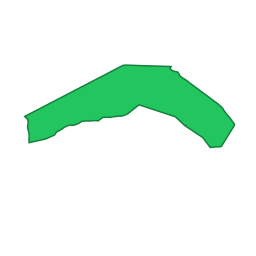 the district of San Miguel Tecomatlán, Oaxaca, Mexico, rotated 55°
{"feature_id": "50627088B83273926369919", "entity_name": "San Miguel Tecomatlán", "entity_type": "district", "adm_level": 2, "iso_a3": "MEX", "parent_name": "Mexico", "parent_adm1": "Oaxaca", "projection": "equal_earth", "projection_center": [-97.281, 17.371], "detail": "fine", "context": "isolated", "style": "filled", "palette": "green", "viewbox_px": 256, "rotation_deg": 55, "n_neighbors": 0, "source": "geoboundaries", "source_scale": "gbopen_adm2", "svg_char_len": 1289}
<svg xmlns="http://www.w3.org/2000/svg" viewBox="0 0 256 256"><g transform="rotate(55 128 128)"><path d="M73.8,96.2L64.6,165.8L59.3,206.0L63.3,205.2L66.1,206.5L68.2,208.6L70.3,210.2L72.9,211.1L75.6,212.2L77.8,213.4L80.0,215.3L83.1,217.3L83.3,217.4L89.7,201.8L91.6,192.2L90.3,188.8L90.9,184.7L90.9,180.1L91.3,177.0L92.1,174.2L94.7,170.8L95.9,165.9L96.2,161.6L98.0,158.6L100.0,155.8L102.5,151.5L105.1,148.1L104.8,142.8L106.7,139.7L109.1,136.4L110.8,132.8L113.1,128.6L114.6,126.4L115.7,123.0L116.2,119.5L115.3,105.7L145.9,82.8L150.5,81.8L152.0,81.1L152.1,81.5L158.7,80.1L159.0,80.0L159.0,79.4L159.0,79.1L160.2,79.5L178.5,72.3L191.1,71.8L191.1,71.7L196.7,62.3L187.2,40.1L186.7,39.1L185.4,38.6L182.5,38.7L178.8,38.7L177.9,38.8L177.0,38.8L176.1,38.9L174.4,39.1L172.6,39.3L172.4,39.3L171.2,39.3L169.8,39.3L168.9,39.4L166.5,39.1L165.0,39.3L163.3,39.7L163.1,39.7L160.1,40.4L159.9,40.5L158.3,41.0L158.0,41.1L157.4,41.3L156.3,41.7L155.1,42.1L153.9,42.5L152.7,42.9L151.1,43.4L150.9,43.4L150.8,43.5L149.1,44.1L148.2,44.3L147.4,44.6L146.5,44.9L145.7,45.2L144.8,45.5L140.1,47.1L138.3,47.7L125.5,51.9L125.0,52.1L124.3,52.2L123.3,52.4L118.2,54.6L115.4,55.5L110.8,55.1L107.0,58.5L105.2,59.2L103.6,59.6L102.4,57.4L83.5,82.7L75.4,93.4L73.8,96.2Z" fill="#22c55e" stroke="#15803d" stroke-width="1.5"/></g></svg>